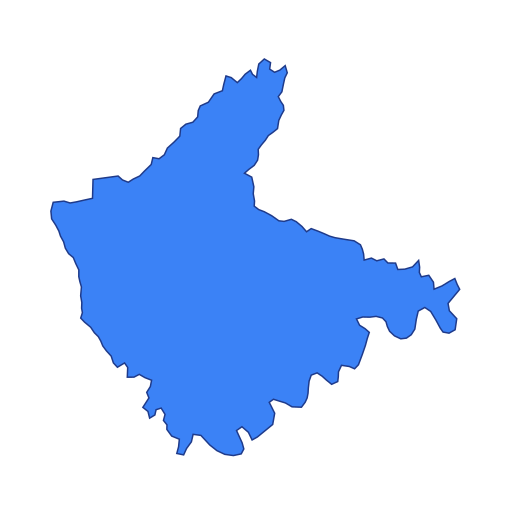 the district of Frederico Westphalen, Rio Grande do Sul, Brazil, rotated 80°
{"feature_id": "56859067B29549257615532", "entity_name": "Frederico Westphalen", "entity_type": "district", "adm_level": 2, "iso_a3": "BRA", "parent_name": "Brazil", "parent_adm1": "Rio Grande do Sul", "projection": "natural_earth1", "projection_center": [-53.359, -27.324], "detail": "fine", "context": "isolated", "style": "filled", "palette": "blue", "viewbox_px": 512, "rotation_deg": 80, "n_neighbors": 0, "source": "geoboundaries", "source_scale": "gbopen_adm2", "svg_char_len": 3026}
<svg xmlns="http://www.w3.org/2000/svg" viewBox="0 0 512 512"><g transform="rotate(80 256 256)"><path d="M434.5,286.1L424.8,268.8L414.1,264.9L407.3,266.9L402.4,268.4L400.1,263.7L402.9,258.3L405.8,252.6L410.8,246.7L412.8,237.5L408.6,233.0L404.7,230.3L400.2,228.6L394.8,227.3L388.4,225.4L382.9,222.3L381.7,216.1L385.9,211.7L390.3,208.3L395.5,203.8L393.8,197.3L389.1,195.9L384.4,194.9L378.5,190.8L381.0,183.3L384.2,178.5L380.9,174.0L371.4,168.4L363.1,163.8L356.5,160.7L350.9,157.7L346.4,161.3L342.2,166.0L335.4,168.0L334.6,161.5L336.0,154.4L336.3,148.2L339.0,142.2L343.3,139.4L348.2,138.9L353.3,137.5L358.7,133.5L362.7,127.8L363.0,122.1L360.5,116.8L355.6,112.3L346.1,109.1L338.4,105.8L336.0,98.7L340.9,93.6L345.8,91.7L350.2,90.0L359.2,87.0L363.4,85.0L365.5,79.3L363.2,72.7L352.6,69.2L343.5,75.1L336.0,75.1L324.2,61.2L319.0,62.8L312.7,64.1L314.6,70.0L317.8,78.1L319.6,86.4L312.6,85.8L305.0,89.2L305.2,96.8L300.6,98.0L295.4,96.8L288.6,96.6L293.9,103.7L294.8,111.8L293.9,118.7L287.2,119.8L285.8,127.3L281.1,130.5L281.7,137.9L278.1,142.7L278.8,150.2L272.7,149.7L267.8,150.1L263.1,151.2L258.1,156.7L254.7,166.6L251.7,175.0L249.2,180.1L246.0,184.8L242.3,190.6L238.6,196.9L240.9,202.0L234.9,205.6L229.2,210.4L226.0,214.8L226.8,222.3L225.3,227.4L219.2,233.4L213.8,240.2L210.8,245.2L206.6,249.1L201.6,247.9L194.2,247.9L187.5,246.1L177.6,246.5L172.5,253.0L169.4,247.9L166.4,242.0L161.9,237.8L156.7,236.0L151.3,235.3L147.6,231.5L143.6,226.7L139.5,222.9L137.3,218.2L134.3,212.7L126.4,210.0L121.4,206.5L117.4,203.2L112.4,202.9L108.1,204.8L102.9,206.4L98.8,202.0L91.4,199.1L85.6,196.7L81.0,193.4L73.6,194.2L77.1,200.3L78.3,205.8L74.3,210.1L68.1,208.1L63.4,213.6L67.4,219.9L74.3,222.6L80.3,224.4L76.5,227.9L72.1,229.2L75.1,235.1L78.8,239.5L82.0,244.3L76.0,249.4L73.5,254.3L81.5,258.0L87.4,260.4L89.1,269.1L96.3,276.2L98.5,284.8L102.7,287.6L108.9,289.3L113.3,295.0L114.0,302.2L117.3,308.1L124.7,310.2L129.4,316.7L134.3,324.5L140.4,328.7L143.4,334.6L141.2,340.5L147.7,343.3L153.0,351.1L157.0,356.6L158.9,363.5L161.2,369.0L157.9,374.3L153.3,377.9L152.3,403.2L170.8,407.0L171.1,415.0L171.5,423.4L171.5,429.9L168.6,435.6L167.9,446.4L176.2,450.2L183.9,450.8L191.0,447.8L197.2,445.8L202.4,445.1L208.6,443.0L215.2,442.4L221.2,440.1L225.8,436.2L232.2,434.8L238.9,432.9L245.6,434.1L250.5,433.9L256.2,433.3L264.8,435.6L271.6,435.6L277.1,436.8L281.7,436.8L286.7,439.4L291.4,436.3L297.4,431.2L303.5,428.5L308.0,425.3L312.9,423.6L318.0,422.5L323.4,419.8L329.4,416.0L336.5,415.0L341.5,411.8L338.5,404.0L343.5,401.7L353.0,403.8L354.1,397.2L352.3,391.5L356.5,386.5L360.2,380.4L366.2,382.7L371.3,387.3L377.2,386.1L385.4,393.7L390.3,389.4L397.2,388.9L395.0,383.2L390.0,381.1L389.3,375.8L396.2,373.1L401.9,375.7L406.8,373.0L411.3,373.9L418.7,370.3L423.1,363.3L430.5,365.4L436.7,368.3L439.3,361.8L433.5,357.8L427.8,351.9L420.7,348.9L423.1,341.4L427.6,338.5L434.0,334.4L440.9,328.3L445.9,321.2L448.6,312.9L448.3,304.9L443.9,301.5L437.6,302.1L424.5,305.5L421.7,299.5L428.3,294.1L436.5,291.8L434.5,286.1Z" fill="#3b82f6" stroke="#1e3a8a" stroke-width="1.5"/></g></svg>